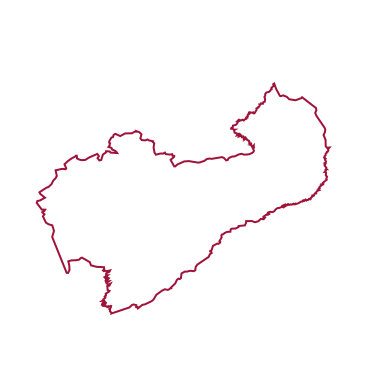 outline of Shabunda, Sud-Kivu, Democratic Republic of the Congo, rotated 246°
{"feature_id": "63176286B28648737127916", "entity_name": "Shabunda", "entity_type": "district", "adm_level": 2, "iso_a3": "COD", "parent_name": "Democratic Republic of the Congo", "parent_adm1": "Sud-Kivu", "projection": "equal_earth", "projection_center": [27.534, -3.007], "detail": "fine", "context": "isolated", "style": "outline", "palette": "rose", "viewbox_px": 384, "rotation_deg": 246, "n_neighbors": 0, "source": "geoboundaries", "source_scale": "gbopen_adm2", "svg_char_len": 6046}
<svg xmlns="http://www.w3.org/2000/svg" viewBox="0 0 384 384"><g transform="rotate(246 192 192)"><path d="M257.7,311.2L257.5,310.1L255.6,309.6L255.0,307.1L253.5,306.6L253.7,305.8L252.7,304.8L252.2,303.2L252.6,300.4L251.8,298.8L250.1,298.0L249.3,296.8L247.1,296.6L244.8,295.1L245.1,293.8L243.8,292.6L244.9,291.2L244.3,290.6L244.6,289.3L243.9,289.4L242.7,288.1L242.5,286.6L242.1,286.6L242.1,284.8L240.8,284.4L238.5,281.1L238.7,280.4L239.9,280.2L239.7,279.6L240.9,277.8L240.6,277.8L240.8,276.4L241.2,276.2L240.2,275.1L239.9,275.4L239.6,274.1L238.4,273.7L238.3,272.6L237.5,272.7L237.7,271.6L236.8,271.4L236.8,269.5L236.3,268.4L237.4,267.8L237.5,265.8L239.0,264.2L238.3,262.4L237.7,263.0L237.7,262.2L237.4,262.5L236.1,260.9L235.5,259.2L236.0,256.4L234.8,255.8L234.4,253.8L233.9,253.5L233.1,255.0L232.0,255.4L231.5,256.5L231.4,255.6L228.9,255.0L226.6,257.5L225.4,256.0L225.2,257.1L224.7,257.2L225.1,258.3L224.6,258.5L225.6,259.1L224.9,259.6L224.1,259.6L223.5,258.3L223.2,260.2L221.9,259.9L221.8,261.4L220.6,261.1L220.4,262.3L219.4,261.3L219.2,262.4L218.6,261.7L218.7,262.5L219.2,263.0L218.3,263.5L217.5,263.4L216.0,264.5L215.8,263.6L215.7,264.6L214.6,264.9L213.5,264.2L212.3,265.7L211.5,265.1L211.5,264.3L210.6,265.4L209.4,265.1L208.8,266.3L209.4,267.4L208.0,266.8L208.3,265.9L207.8,265.4L207.0,266.2L206.4,265.4L204.6,265.4L203.6,264.3L203.2,262.6L203.2,259.8L203.9,257.4L205.0,254.7L206.7,252.9L207.3,250.0L207.2,245.2L208.0,243.3L208.1,241.1L207.9,239.0L206.7,237.6L206.9,236.1L210.0,235.1L211.7,233.5L214.3,223.4L215.3,221.9L216.1,219.0L215.4,215.9L215.9,210.9L216.6,209.1L221.5,201.7L223.1,197.3L223.1,189.8L222.2,187.0L222.6,186.2L230.1,185.5L231.4,189.9L232.2,190.4L233.0,189.0L234.6,189.3L235.2,186.9L237.4,183.4L239.0,183.3L238.9,181.1L240.0,178.8L240.8,174.2L243.3,173.8L248.3,175.0L251.8,177.3L253.8,176.5L254.2,177.0L256.8,173.5L258.1,172.7L258.2,170.1L259.9,167.2L261.9,166.6L265.3,169.3L268.1,168.2L270.1,166.1L269.6,166.1L270.4,164.3L270.1,160.9L272.7,154.8L272.3,149.2L276.3,145.6L276.0,143.5L274.3,142.2L274.5,140.6L272.6,137.8L271.4,136.6L270.1,136.5L269.8,137.7L269.7,136.4L268.2,135.9L267.1,134.0L265.1,136.4L263.3,136.3L260.6,138.8L259.6,138.5L259.2,139.3L258.0,139.5L261.2,133.5L262.5,133.3L264.2,130.1L263.1,129.4L262.5,125.9L258.2,122.1L258.5,120.2L261.4,119.5L262.6,121.5L265.3,121.0L265.4,112.4L264.7,107.5L266.0,104.1L267.3,102.4L269.4,100.6L272.0,101.5L272.4,100.7L271.8,99.1L271.8,96.7L270.8,91.4L269.2,86.8L264.7,86.7L264.2,85.8L266.0,82.7L267.3,76.2L261.6,75.0L260.1,73.0L258.8,69.8L256.4,67.0L255.0,63.1L255.1,60.5L253.8,52.5L251.7,52.7L246.6,55.4L246.1,49.5L246.7,47.1L245.2,45.7L237.1,47.6L235.6,50.6L234.8,49.5L234.6,47.1L234.2,46.9L231.7,48.2L230.4,45.9L223.5,46.1L220.9,47.8L218.4,50.8L212.6,50.1L207.8,46.0L169.1,44.6L168.5,45.9L170.5,48.3L175.0,50.1L179.0,50.8L178.5,54.3L176.9,58.1L176.1,61.4L176.9,63.4L176.8,64.8L169.5,70.1L166.1,69.9L162.5,74.3L159.1,81.0L157.3,80.5L156.5,78.8L155.6,79.3L155.2,80.9L154.3,82.0L153.7,85.3L152.7,84.1L152.6,80.5L151.0,79.7L150.3,81.1L149.9,78.4L148.9,79.9L148.4,79.8L148.2,78.9L149.3,78.1L149.2,77.6L147.8,78.2L147.5,80.6L147.0,81.0L146.5,80.0L147.0,77.8L146.5,77.3L146.0,78.5L144.8,78.2L144.2,80.0L144.0,79.4L144.6,76.9L143.2,76.8L141.3,78.3L141.4,80.2L140.0,78.4L140.6,76.4L136.6,75.0L135.2,76.4L134.6,75.2L134.2,71.8L132.7,71.4L132.1,69.8L131.2,70.2L130.6,69.8L130.2,67.6L129.3,66.8L129.1,65.8L128.5,67.6L127.9,67.7L126.8,65.0L125.6,63.9L125.3,64.4L126.4,68.0L125.9,68.3L125.0,67.5L124.7,65.4L124.1,64.6L122.1,67.8L121.3,67.7L121.0,68.4L121.6,69.3L120.7,70.9L121.3,72.3L119.3,70.6L118.7,68.9L117.9,69.3L116.5,68.5L114.4,69.3L113.8,68.9L112.0,87.8L113.2,91.4L113.1,92.7L111.3,95.1L110.4,94.5L109.6,95.1L109.3,94.5L108.7,95.3L107.7,95.2L109.1,100.8L108.5,103.3L108.7,110.7L109.4,113.1L112.6,117.6L114.1,124.6L114.2,127.6L112.4,130.1L112.4,131.8L113.0,133.3L112.6,134.0L113.4,134.3L115.3,139.5L117.8,142.4L118.4,144.3L117.4,145.5L117.9,146.9L121.9,149.3L122.2,153.3L121.4,154.7L120.7,158.6L119.0,161.2L119.1,163.1L122.1,164.9L123.5,167.4L125.9,180.7L127.9,183.1L128.2,185.1L129.8,185.4L130.7,183.7L130.6,185.2L131.2,186.5L134.3,189.3L134.6,194.1L133.9,195.2L134.3,197.0L134.8,197.5L135.9,197.0L138.4,200.6L140.3,201.1L141.0,202.2L140.7,203.3L141.3,205.2L141.3,207.8L140.1,210.9L142.1,212.1L142.3,213.5L140.9,217.0L141.1,220.3L141.9,220.7L141.8,221.3L140.0,226.7L141.9,228.9L143.4,229.6L141.1,234.9L138.8,237.2L138.3,240.6L139.4,243.8L138.0,246.4L138.9,248.1L139.7,246.9L140.4,247.2L141.0,250.5L140.3,252.2L140.5,253.5L141.9,252.5L142.3,253.0L142.1,255.4L140.9,257.4L141.0,259.5L142.1,261.3L142.5,263.5L141.9,265.4L141.9,268.2L140.7,269.4L141.1,270.4L141.4,269.4L142.7,269.2L142.6,272.2L141.2,272.1L141.8,274.3L141.3,274.3L141.5,275.2L140.7,275.5L140.6,277.1L140.1,277.4L140.0,278.8L139.6,279.1L139.9,280.1L139.2,280.6L139.3,281.5L138.8,281.5L138.5,284.9L138.9,287.7L138.4,288.9L138.9,289.5L138.1,290.5L138.3,291.2L138.9,291.1L138.5,292.4L138.7,292.6L137.7,293.0L138.0,293.8L137.5,294.6L138.1,296.0L137.3,296.8L137.9,297.4L137.6,297.8L138.4,298.5L138.8,300.1L138.5,300.4L139.1,300.2L139.1,301.4L139.8,301.1L139.6,302.3L140.7,303.5L140.2,304.9L141.2,305.2L142.0,306.8L142.0,307.9L142.3,307.8L142.1,308.7L142.7,308.3L143.5,308.8L143.3,310.1L144.5,310.2L145.3,312.6L145.9,312.5L146.1,313.8L145.7,313.6L145.6,314.4L146.0,314.2L145.8,314.7L146.4,315.5L147.2,315.4L148.4,320.1L149.4,320.0L151.1,321.6L152.7,321.0L155.0,322.3L156.2,322.1L156.4,321.5L157.1,322.9L157.8,322.8L158.3,323.6L158.0,324.3L158.7,324.0L159.5,324.6L162.2,323.9L163.4,325.3L163.6,324.9L164.1,325.6L164.5,325.2L164.6,326.1L165.4,326.8L167.2,326.6L167.8,327.3L168.0,326.8L169.7,326.8L169.7,327.4L170.7,327.6L171.2,328.9L172.7,329.8L173.0,331.0L173.8,331.6L173.6,332.3L174.6,333.5L175.8,333.7L176.7,335.7L177.6,333.2L179.5,332.8L185.3,335.2L190.6,335.4L192.4,337.6L194.7,339.1L196.6,339.3L210.7,336.7L214.1,336.7L216.2,338.9L218.3,339.4L233.8,331.1L233.3,329.9L233.7,323.9L237.2,318.5L240.4,317.3L243.2,314.5L243.5,311.9L244.1,311.4L251.8,310.8L257.7,311.2Z" fill="none" stroke="#9f1239" stroke-width="2"/></g></svg>